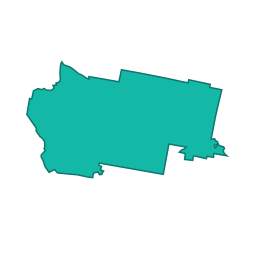 outline of Erechim, Rio Grande do Sul, Brazil, rotated 102°
{"feature_id": "56859067B6052933451935", "entity_name": "Erechim", "entity_type": "district", "adm_level": 2, "iso_a3": "BRA", "parent_name": "Brazil", "parent_adm1": "Rio Grande do Sul", "projection": "orthographic", "projection_center": [-52.245, -27.633], "detail": "fine", "context": "isolated", "style": "filled", "palette": "teal", "viewbox_px": 256, "rotation_deg": 102, "n_neighbors": 0, "source": "geoboundaries", "source_scale": "gbopen_adm2", "svg_char_len": 1605}
<svg xmlns="http://www.w3.org/2000/svg" viewBox="0 0 256 256"><g transform="rotate(102 128 128)"><path d="M125.1,36.8L122.8,37.5L122.1,39.8L120.5,41.1L121.8,44.4L97.7,44.8L90.3,44.7L71.1,44.2L71.3,56.6L68.2,56.6L68.2,68.7L68.2,78.6L71.3,78.6L71.4,84.7L71.4,103.4L71.8,128.5L72.4,146.5L77.2,146.5L84.7,146.5L84.8,149.3L85.8,176.9L88.3,176.5L87.7,179.5L86.9,181.4L85.7,184.4L85.3,187.3L83.6,190.5L82.3,193.1L81.2,195.3L80.3,198.1L80.0,200.6L79.5,204.1L77.1,206.4L79.0,207.1L81.7,206.9L88.0,206.1L95.1,204.1L97.7,205.2L99.0,207.8L100.7,206.8L101.9,210.2L103.2,208.9L105.1,209.1L107.1,210.8L107.9,215.4L106.8,218.4L108.4,220.3L108.2,224.3L111.3,228.2L119.8,228.2L119.6,230.4L135.9,229.7L147.4,217.5L149.8,217.3L152.0,215.3L153.2,213.8L154.8,212.2L155.9,209.7L157.7,207.7L159.3,206.6L161.9,206.0L163.6,205.4L165.7,205.8L167.3,204.3L169.7,205.6L172.3,207.3L174.4,206.9L176.0,205.5L177.7,204.2L179.4,203.1L181.8,201.9L183.8,200.4L185.2,198.7L186.6,197.3L187.8,195.9L183.9,191.2L186.6,187.7L185.1,174.3L184.3,168.0L184.3,161.1L184.3,157.8L184.2,155.4L183.9,152.2L180.9,152.4L178.8,151.9L177.4,148.1L179.6,146.1L178.7,143.9L176.8,143.7L175.2,142.9L174.6,146.3L171.3,145.8L170.4,148.8L168.3,148.7L167.1,115.5L166.0,83.9L145.3,84.4L135.2,84.7L135.0,78.9L134.6,67.2L136.8,68.6L138.2,70.9L141.0,72.8L141.1,66.6L147.0,66.1L146.2,57.9L143.0,58.3L141.5,57.5L141.7,44.9L139.3,44.9L138.9,38.3L135.1,38.7L134.6,25.6L133.6,27.5L132.1,29.2L130.1,30.1L127.8,29.4L126.5,30.7L126.5,32.7L126.0,35.1L125.1,36.8ZM125.1,36.8L127.5,37.4L129.2,38.7L126.8,39.9L125.1,36.8Z" fill="#14b8a6" stroke="#0f766e" stroke-width="1.5"/></g></svg>